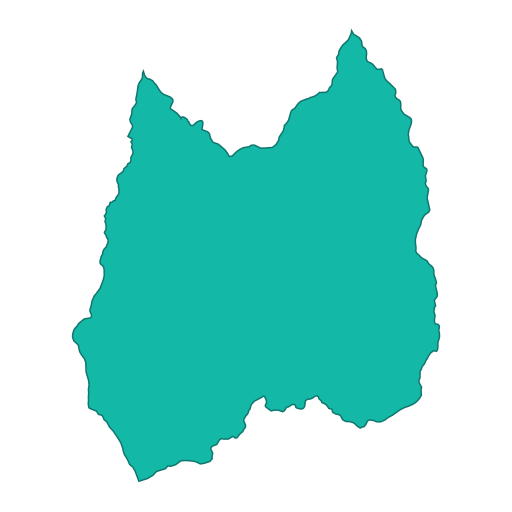 Guaitarilla, Nariño, Colombia (Natural Earth projection)
{"feature_id": "7082276B31690225930459", "entity_name": "Guaitarilla", "entity_type": "district", "adm_level": 2, "iso_a3": "COL", "parent_name": "Colombia", "parent_adm1": "Nariño", "projection": "natural_earth1", "projection_center": [-77.524, 1.156], "detail": "fine", "context": "isolated", "style": "filled", "palette": "teal", "viewbox_px": 512, "rotation_deg": 0, "n_neighbors": 0, "source": "geoboundaries", "source_scale": "gbopen_adm2", "svg_char_len": 6005}
<svg xmlns="http://www.w3.org/2000/svg" viewBox="0 0 512 512"><path d="M143.4,71.2L142.6,72.9L142.4,77.5L141.5,79.6L139.4,82.5L138.1,85.6L137.0,93.5L135.9,98.8L135.9,99.9L136.6,102.4L135.1,105.2L132.4,108.4L132.0,110.1L131.8,113.9L129.9,119.1L130.4,122.0L132.4,125.1L132.5,127.2L127.9,136.4L132.4,139.1L132.3,140.0L130.9,141.9L132.1,143.7L132.2,144.7L131.5,147.4L133.0,150.9L132.9,153.7L130.9,157.4L130.9,160.5L130.2,162.5L127.9,163.7L126.8,166.3L124.1,168.5L123.1,171.4L118.7,174.8L117.8,176.0L117.0,178.2L116.8,180.1L117.3,182.2L118.6,184.8L118.3,186.6L118.9,188.4L119.0,192.4L118.7,193.9L116.1,197.6L115.1,200.4L113.5,200.8L111.9,202.3L110.3,202.3L110.0,202.6L109.9,203.9L108.9,205.8L107.3,206.9L106.5,208.4L106.1,210.1L106.5,211.6L106.3,212.5L105.7,214.1L104.3,215.9L105.7,218.6L105.0,221.6L106.0,224.4L106.1,227.9L105.8,230.0L104.6,231.9L104.4,232.8L105.8,234.8L106.6,237.2L107.9,239.4L108.2,241.2L107.7,243.1L106.2,246.9L103.9,249.4L103.0,251.3L102.6,254.1L101.2,256.5L100.0,261.3L100.1,263.1L100.6,264.0L103.0,266.1L103.7,267.7L104.2,269.8L104.2,276.0L103.1,280.3L100.2,288.0L95.8,294.2L94.4,295.6L92.0,301.1L91.2,305.6L90.0,309.7L90.0,311.5L91.3,314.3L91.5,316.0L91.2,317.2L90.0,318.0L85.3,318.7L83.7,319.3L78.7,323.5L77.0,326.3L75.8,327.3L74.0,329.7L72.8,333.6L72.5,336.4L73.0,338.6L73.9,340.9L78.2,344.9L79.6,351.5L81.0,354.1L84.4,358.7L85.8,362.6L86.1,371.9L88.5,380.2L89.0,383.7L89.0,385.9L88.4,389.0L88.7,393.8L88.4,396.2L88.5,401.1L88.2,403.2L88.7,407.1L89.1,407.9L90.0,408.5L96.4,411.1L98.4,414.2L99.3,414.7L100.9,414.8L102.5,416.0L104.1,419.6L106.9,422.0L109.4,426.9L113.1,430.9L117.6,437.5L120.7,442.6L122.6,447.9L123.3,451.1L124.4,454.5L127.5,459.5L129.6,464.4L132.9,467.2L135.3,471.5L138.9,481.3L147.5,478.5L153.0,475.2L155.9,472.0L156.9,471.4L161.6,469.8L164.8,469.0L166.0,468.1L167.5,466.2L168.3,465.9L170.6,466.3L174.5,465.1L176.0,464.4L180.7,461.0L181.8,460.7L186.9,460.5L193.6,461.2L196.3,461.9L199.8,463.7L200.8,463.9L204.9,463.1L209.9,461.4L212.1,458.9L212.1,455.7L212.6,454.1L212.5,452.6L210.8,449.3L211.1,447.5L212.7,445.9L216.3,444.7L217.0,444.1L219.5,439.8L221.3,438.7L224.0,439.1L228.5,439.0L232.5,436.6L233.7,436.8L235.3,438.1L236.7,437.9L237.2,437.4L240.2,433.7L242.9,431.5L243.8,429.4L245.5,427.2L245.5,424.8L243.9,421.3L243.7,419.7L245.8,415.9L247.3,414.4L248.3,412.4L248.8,410.4L249.7,409.5L250.2,408.4L250.8,405.9L251.5,404.4L253.7,401.9L255.0,400.8L261.6,397.4L263.1,396.1L264.7,396.7L266.2,400.1L266.6,402.8L265.6,404.4L265.3,406.0L265.7,406.8L267.2,408.0L271.1,410.9L273.8,410.2L278.1,410.1L282.5,411.7L284.3,410.8L286.6,407.3L288.9,406.7L292.0,404.5L294.8,404.6L295.4,405.5L295.9,407.4L296.8,408.0L300.0,408.9L302.0,408.9L302.9,408.6L303.6,408.0L304.6,406.5L305.5,400.6L307.6,399.2L309.9,399.1L312.0,398.3L315.5,396.0L317.2,395.9L318.3,396.6L318.9,398.7L321.2,400.8L322.0,402.6L326.0,404.5L327.7,406.6L328.8,408.4L331.8,409.2L332.2,409.6L332.4,411.8L333.5,412.8L336.0,414.1L339.0,414.7L340.7,415.9L342.2,419.0L342.9,419.9L345.6,421.4L350.0,421.7L352.9,422.5L355.0,423.9L357.4,426.3L360.2,428.0L362.4,427.0L364.1,426.7L365.8,424.5L367.4,421.3L368.3,420.4L369.4,419.9L373.3,420.4L376.5,421.7L378.3,421.9L380.8,421.8L384.9,420.0L387.7,417.8L392.4,415.2L400.4,409.6L404.8,407.4L408.0,406.4L412.2,404.6L415.5,402.6L418.1,400.1L419.9,397.8L421.4,395.1L421.0,390.0L421.6,387.1L419.4,383.3L418.9,381.3L419.0,380.1L420.0,377.9L420.1,371.2L421.2,369.6L422.1,366.6L424.3,364.1L426.1,360.1L427.3,358.6L428.5,356.0L430.8,352.6L431.6,352.3L433.4,350.7L436.1,351.3L437.1,350.6L437.8,348.3L437.9,343.5L438.2,341.2L439.2,338.5L439.5,336.8L439.4,332.8L438.7,330.5L439.4,327.3L439.1,325.4L437.7,324.2L435.5,324.0L434.8,322.9L434.5,321.5L434.5,319.2L435.1,315.3L433.9,312.0L433.9,311.2L434.4,309.1L434.4,307.2L435.6,306.0L434.4,300.7L434.8,299.6L437.1,296.5L437.4,293.9L435.4,285.5L436.4,283.3L436.4,282.5L435.8,280.0L434.0,275.0L433.7,269.5L432.7,267.4L431.9,266.4L428.5,263.5L427.1,260.9L421.3,257.6L420.2,256.3L416.7,253.1L415.8,251.3L416.0,247.9L415.4,242.7L415.4,239.6L416.5,234.2L418.6,229.0L420.7,224.8L421.5,220.5L423.2,217.2L424.7,215.0L428.6,212.2L429.8,210.0L427.1,197.9L428.4,190.5L428.4,188.9L425.8,185.4L425.3,183.0L426.1,181.4L426.1,180.6L425.4,175.7L426.8,171.4L426.9,169.5L426.2,168.4L424.5,167.7L423.5,166.3L423.1,165.4L423.3,159.9L422.9,157.9L417.9,147.4L416.9,147.0L414.3,147.1L413.0,146.7L409.2,141.6L408.3,134.0L409.0,129.9L410.9,124.7L411.5,122.2L411.5,120.4L411.1,118.8L409.8,117.6L404.0,114.1L401.5,110.7L400.7,108.7L400.8,103.9L400.3,101.2L398.7,99.7L397.1,99.0L395.1,96.6L395.0,95.2L395.8,92.7L395.5,89.4L389.9,83.6L387.0,81.1L384.9,78.6L382.4,69.7L381.2,68.8L378.1,69.5L376.7,69.0L372.7,64.3L371.2,63.2L367.9,61.8L366.7,60.2L366.2,57.9L366.6,53.7L366.4,50.8L365.2,48.5L363.0,47.0L362.2,45.8L361.5,41.2L359.5,37.9L355.6,35.4L353.9,34.6L351.6,30.7L351.2,33.4L348.9,38.8L347.9,40.3L342.9,44.9L341.4,46.9L339.0,51.1L338.7,54.2L336.5,57.7L337.5,61.6L337.1,68.4L337.7,71.5L337.4,72.4L332.6,79.2L332.3,80.6L331.9,85.1L329.5,87.7L328.5,90.2L326.4,92.3L319.4,92.5L317.2,94.6L314.9,96.0L311.2,97.4L310.3,97.4L309.8,98.0L305.5,99.4L300.4,101.5L297.8,104.0L294.7,108.4L291.9,110.1L290.8,112.1L288.5,120.4L286.5,123.3L284.3,125.5L284.3,127.0L283.4,130.6L279.2,137.1L278.7,140.3L276.0,144.6L272.3,147.5L263.8,148.1L260.6,148.1L254.4,145.1L251.3,145.2L248.9,146.8L243.3,147.7L239.8,149.4L236.8,151.5L232.2,156.0L230.9,156.4L228.9,156.1L227.6,153.5L225.3,150.2L220.2,145.7L217.8,143.9L213.8,142.7L212.7,141.9L210.6,138.2L209.9,136.2L209.7,134.3L208.5,132.6L207.5,131.7L202.0,129.6L202.9,123.4L202.7,121.9L202.1,120.9L201.0,120.6L199.0,121.0L196.5,122.3L193.0,125.5L190.9,125.5L189.6,123.8L188.9,122.0L188.0,121.5L187.6,120.1L187.1,119.4L184.9,117.7L183.0,116.9L181.4,117.3L180.9,118.6L179.9,116.5L176.7,113.0L170.6,108.8L170.3,107.9L170.4,107.3L172.9,101.6L172.9,100.1L172.3,98.8L170.1,97.0L163.7,94.4L161.4,92.7L159.7,90.6L156.1,84.8L154.0,82.7L152.7,80.8L149.7,79.1L147.4,78.7L146.1,77.5L144.5,75.1L143.4,71.2Z" fill="#14b8a6" stroke="#0f766e" stroke-width="1.5"/></svg>